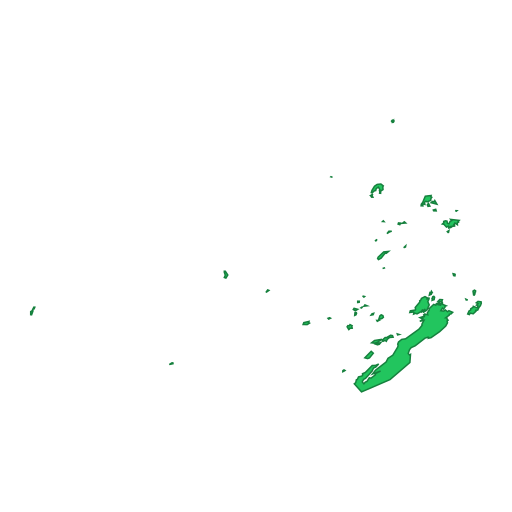 Stykkishólmsbær, Vesturland, Iceland (orthographic projection)
{"feature_id": "244011B37463664010444", "entity_name": "Stykkishólmsbær", "entity_type": "district", "adm_level": 2, "iso_a3": "ISL", "parent_name": "Iceland", "parent_adm1": "Vesturland", "projection": "orthographic", "projection_center": [-22.794, 65.108], "detail": "fine", "context": "isolated", "style": "filled", "palette": "green", "viewbox_px": 512, "rotation_deg": 0, "n_neighbors": 0, "source": "geoboundaries", "source_scale": "gbopen_adm2", "svg_char_len": 6159}
<svg xmlns="http://www.w3.org/2000/svg" viewBox="0 0 512 512"><path d="M410.5,354.4L409.5,355.0L408.2,353.5L409.5,349.7L411.2,347.6L415.2,345.8L425.1,338.1L428.2,337.1L428.9,337.7L428.6,338.2L431.0,337.7L439.6,331.7L445.7,326.1L447.5,322.8L447.0,321.1L448.1,320.2L447.1,319.1L446.9,317.9L445.7,317.8L449.3,315.1L449.3,314.3L451.1,313.9L452.7,312.3L448.9,310.7L447.5,311.7L445.2,309.9L443.8,311.1L440.8,310.7L442.4,308.1L443.4,309.1L444.9,307.4L445.0,306.2L446.1,305.8L442.5,304.3L442.4,302.5L441.8,301.3L442.4,299.7L439.8,299.5L438.0,301.3L441.8,302.0L442.1,303.3L440.7,303.6L441.0,303.9L440.6,305.2L439.7,305.0L440.0,304.0L439.0,304.4L439.4,302.8L438.6,302.7L437.9,303.0L438.9,303.4L438.8,304.5L438.2,304.8L436.9,303.8L436.2,303.9L435.8,305.2L433.7,304.4L429.1,308.7L429.2,310.1L427.4,312.8L427.8,314.8L424.7,314.0L423.9,314.7L424.7,315.2L424.4,316.3L423.5,315.4L424.0,316.3L419.9,317.6L421.6,318.5L422.9,317.5L423.0,318.3L422.7,319.6L419.8,321.3L424.0,320.3L421.9,324.2L422.1,325.3L418.9,329.2L405.6,338.8L401.7,339.4L398.5,342.0L397.7,344.2L398.1,345.1L397.8,346.9L392.8,355.2L388.0,358.3L386.1,362.0L375.6,370.1L372.5,374.0L380.6,371.0L375.0,373.9L375.4,374.8L371.1,378.1L369.3,377.8L367.0,381.4L365.3,382.1L363.9,383.8L362.4,382.1L362.5,381.0L364.0,379.1L365.5,378.4L372.1,371.1L373.5,368.1L375.7,367.1L378.7,364.0L375.5,365.4L372.2,365.5L365.3,372.5L362.7,373.6L362.4,373.9L362.8,374.9L362.0,376.0L358.5,376.9L357.3,379.5L356.4,379.7L355.7,382.7L354.3,383.8L361.5,391.9L390.0,379.6L409.9,362.5L410.5,354.4ZM427.2,297.8L425.0,296.6L421.4,298.4L420.9,299.9L419.7,300.8L419.9,301.7L419.3,302.6L415.2,307.5L415.6,309.2L415.3,310.0L410.3,310.8L409.8,312.5L413.6,312.0L414.0,312.3L413.6,314.1L415.7,313.3L417.0,313.9L421.3,311.5L422.4,309.9L422.7,310.0L421.0,312.5L425.3,309.0L423.1,312.5L426.9,310.1L429.2,304.9L427.8,301.7L429.1,298.7L428.9,298.0L427.4,298.4L426.7,299.7L427.2,297.8ZM459.2,220.4L450.7,219.4L451.7,220.6L450.1,221.4L449.0,223.8L447.4,223.3L447.0,221.1L445.4,220.8L443.7,221.4L443.9,222.7L442.4,224.0L443.9,224.3L446.5,227.1L448.3,226.2L448.8,228.1L450.4,227.6L449.8,227.4L450.1,226.5L454.6,226.1L454.5,224.9L453.8,224.7L454.9,223.0L457.4,224.7L457.3,222.8L458.5,222.1L458.1,221.6L459.2,220.4ZM380.9,184.0L377.2,184.4L374.5,186.2L372.0,190.3L371.3,192.6L372.1,192.9L374.5,190.7L375.7,190.6L376.2,188.6L378.3,187.1L379.9,189.6L379.4,190.5L379.8,191.7L379.6,193.2L380.6,193.3L380.7,191.1L383.0,189.6L382.8,186.7L383.3,185.9L380.9,184.0ZM431.1,195.5L425.3,196.2L422.7,202.4L421.3,204.2L421.1,205.8L422.9,205.9L422.7,204.6L423.1,204.0L424.9,204.4L424.4,202.3L425.9,201.2L427.1,201.9L430.7,200.4L430.9,198.5L431.8,197.3L430.8,196.5L431.1,195.5ZM476.2,307.5L473.3,306.3L473.0,307.3L470.7,308.8L470.6,310.1L469.0,311.0L467.7,314.0L469.4,314.6L470.2,313.1L473.2,313.8L475.8,311.4L475.5,311.2L475.7,310.3L477.7,310.1L478.8,307.8L476.2,307.5ZM367.6,358.6L369.5,357.9L373.3,353.2L371.2,351.3L364.8,357.8L367.6,358.6ZM388.6,251.4L383.7,251.9L378.2,257.1L377.6,258.5L378.5,259.6L381.2,258.1L385.0,253.3L386.3,253.3L388.6,251.4ZM390.7,335.2L386.3,337.7L385.2,337.5L382.2,340.2L383.0,341.3L385.1,340.4L386.3,341.3L387.3,339.3L389.6,337.5L393.1,337.2L392.5,335.6L390.7,335.2ZM481.1,301.8L478.0,301.4L476.3,302.8L478.2,303.7L476.5,305.1L477.8,305.6L477.7,307.1L478.9,307.5L480.4,305.7L481.3,303.3L481.1,301.8ZM377.4,342.3L382.0,339.3L374.5,340.5L371.6,342.8L374.5,343.2L377.4,342.3ZM352.1,325.7L350.0,324.6L349.3,325.8L347.9,325.6L347.1,326.8L348.8,329.6L349.5,329.0L349.4,328.3L352.2,328.2L351.8,326.2L352.1,325.7ZM309.0,321.4L303.8,322.6L303.1,324.5L307.2,324.6L309.5,323.1L308.6,322.6L309.0,321.4ZM225.9,278.1L227.8,275.0L225.3,271.2L224.3,271.2L224.3,272.3L225.3,275.2L224.3,277.5L225.9,278.1ZM378.8,319.2L382.0,318.5L383.4,317.3L382.9,315.6L381.2,314.8L379.9,315.8L378.8,319.2ZM436.9,204.2L434.8,200.6L434.4,201.5L432.3,201.5L431.1,202.7L436.9,204.2ZM475.0,293.8L474.8,292.6L475.5,292.0L475.6,290.8L474.4,290.1L473.0,291.1L473.6,295.0L474.3,295.1L475.0,293.8ZM355.3,310.8L357.7,309.3L354.1,308.3L353.3,309.5L355.3,310.8ZM379.3,344.3L380.8,342.5L375.8,344.2L377.5,344.8L379.3,344.3ZM433.8,296.3L432.8,296.7L431.7,299.4L432.3,298.8L432.6,299.3L432.2,300.3L434.1,299.7L434.6,297.2L433.8,296.3ZM31.6,314.8L32.9,311.2L32.9,310.2L30.7,311.6L30.7,314.7L31.6,314.8ZM432.3,292.7L431.4,291.2L430.5,293.1L429.9,292.7L429.3,295.2L431.3,294.3L431.6,293.1L432.3,292.7ZM428.0,206.4L429.9,206.1L428.4,203.4L427.3,204.9L428.0,206.4ZM364.0,306.2L367.1,305.8L364.9,304.9L364.0,306.2ZM372.0,195.4L372.8,194.1L370.7,195.5L371.4,195.7L371.0,196.3L371.6,197.2L372.9,197.2L372.0,195.4ZM355.7,313.1L356.0,312.6L355.0,312.6L354.7,315.4L356.0,314.8L356.5,313.4L355.7,313.1ZM173.0,363.7L172.9,362.9L172.0,362.8L169.3,364.5L173.0,363.7ZM454.9,275.9L455.2,274.7L454.9,274.1L453.1,273.7L453.6,275.6L454.9,275.9ZM387.0,233.6L389.4,232.0L391.7,231.2L388.9,231.2L387.0,233.6ZM399.8,224.7L400.6,223.1L398.5,222.9L398.1,224.1L399.8,224.7ZM393.9,120.4L392.4,120.1L391.5,121.1L392.0,121.8L392.9,120.9L392.5,122.4L393.3,122.3L393.9,121.5L393.9,120.4ZM436.2,210.9L435.7,209.3L433.3,210.0L433.6,210.8L436.2,210.9ZM402.4,223.3L405.7,223.0L404.3,221.8L402.4,223.3ZM265.9,292.4L267.4,291.5L268.9,290.4L267.7,289.9L265.9,292.4ZM357.7,302.5L359.2,302.3L359.3,301.2L357.7,301.2L357.7,302.5ZM371.1,315.1L373.2,314.7L373.7,313.3L372.0,313.8L371.1,315.1ZM32.9,309.0L34.1,308.9L34.8,307.2L33.9,307.1L32.9,309.0ZM342.8,371.7L343.7,371.3L345.0,370.5L344.0,369.9L342.9,370.6L342.8,371.7ZM448.5,232.4L448.9,230.6L447.3,231.6L448.1,232.5L448.5,232.4ZM330.5,318.2L329.6,317.7L328.0,318.3L328.7,319.1L330.5,318.2ZM403.7,247.7L405.5,247.0L405.7,245.8L403.7,247.7ZM397.6,334.9L399.2,334.5L397.3,333.9L397.6,334.9ZM361.5,308.0L362.7,306.6L361.0,307.8L361.5,308.0ZM466.2,300.0L467.7,300.0L465.9,299.2L466.2,300.0ZM364.6,296.5L362.6,296.0L363.9,297.1L364.6,296.5ZM378.8,320.5L376.8,320.4L377.3,321.3L378.8,320.5ZM384.0,221.6L383.3,220.8L382.6,221.5L384.0,221.6ZM376.2,240.7L377.0,239.4L375.0,240.9L376.2,240.7ZM332.5,177.3L331.0,176.7L330.9,176.8L332.5,177.3ZM456.3,211.2L456.9,210.7L455.3,210.6L456.3,211.2ZM382.6,268.5L384.7,267.9L384.9,267.7L382.6,268.5Z" fill="#22c55e" stroke="#15803d" stroke-width="1.5"/></svg>